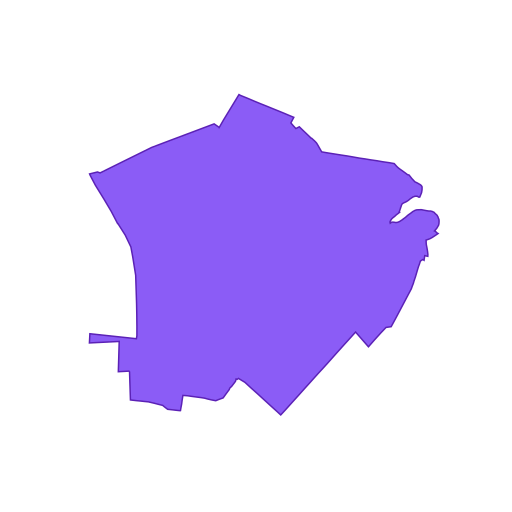 Beba Veche, Timis, Romania, rotated 162°
{"feature_id": "2599482B62831651771343", "entity_name": "Beba Veche", "entity_type": "district", "adm_level": 2, "iso_a3": "ROU", "parent_name": "Romania", "parent_adm1": "Timis", "projection": "natural_earth1", "projection_center": [20.316, 46.114], "detail": "fine", "context": "isolated", "style": "filled", "palette": "violet", "viewbox_px": 512, "rotation_deg": 162, "n_neighbors": 0, "source": "geoboundaries", "source_scale": "gbopen_adm2", "svg_char_len": 3431}
<svg xmlns="http://www.w3.org/2000/svg" viewBox="0 0 512 512"><g transform="rotate(162 256 256)"><path d="M419.9,157.9L414.9,155.6L411.0,153.9L407.0,152.1L403.1,150.4L402.7,150.1L398.1,147.3L394.5,145.0L390.8,142.7L390.7,142.4L389.0,139.8L387.4,137.5L382.5,135.3L378.6,133.5L375.9,132.3L375.6,132.3L374.8,133.9L373.5,136.3L372.5,138.1L371.6,140.0L370.8,141.7L368.6,146.0L364.2,144.2L360.4,142.3L356.0,140.2L351.4,138.0L348.7,136.6L346.3,135.0L342.8,132.9L339.0,130.8L336.5,131.0L331.1,131.2L326.6,134.5L322.8,137.2L321.8,138.4L321.3,138.7L319.5,139.5L314.3,143.1L312.9,145.2L312.1,144.5L310.5,145.0L305.6,139.3L301.2,131.5L297.0,124.3L292.8,116.9L288.9,110.0L284.7,102.7L281.6,97.2L275.5,100.6L267.2,105.4L259.2,110.0L250.6,115.0L242.6,119.6L234.0,124.6L225.1,129.6L216.5,134.6L208.3,139.4L199.1,144.7L190.7,149.5L184.8,152.9L180.7,143.3L177.1,134.9L169.2,139.6L161.2,144.2L154.4,147.9L149.3,147.0L145.6,150.5L141.4,154.5L135.1,160.6L131.5,164.1L128.3,167.2L124.0,171.4L118.4,176.8L116.5,179.3L114.9,181.2L113.5,183.3L112.9,184.1L110.8,186.9L106.5,193.2L104.6,195.9L103.3,197.5L101.2,200.4L98.4,201.1L97.5,200.0L95.4,204.2L92.7,202.6L92.0,204.5L91.4,207.5L90.9,210.8L90.5,214.2L90.1,215.9L89.3,218.6L86.7,218.6L85.1,218.7L82.5,219.2L77.5,220.6L75.9,221.1L76.6,221.9L77.2,222.8L77.6,223.9L78.5,224.7L75.5,226.5L73.8,228.0L72.8,228.9L72.1,230.1L71.9,230.5L71.2,232.3L70.8,233.7L70.7,234.4L70.9,235.8L70.8,236.8L71.1,237.9L71.1,238.6L72.0,240.2L72.4,240.8L73.2,242.6L73.8,243.1L74.6,243.9L76.2,244.9L76.8,245.1L77.4,245.2L79.2,246.1L79.6,246.3L82.7,248.0L83.4,248.4L84.5,249.0L88.7,250.2L90.4,250.3L92.1,250.0L93.2,249.8L94.8,249.2L96.6,248.6L98.6,248.0L99.3,247.7L101.0,247.0L101.5,246.7L103.3,246.1L104.7,245.7L104.8,245.5L106.3,245.1L108.5,244.5L110.0,244.3L111.1,244.3L112.7,244.6L113.7,245.2L114.5,245.5L115.2,245.9L116.4,246.2L116.7,246.2L118.2,245.7L118.1,246.9L117.7,247.5L116.1,248.9L115.4,249.4L114.4,249.9L111.9,250.8L109.8,251.8L108.4,252.3L108.0,252.4L105.9,253.2L106.2,253.7L105.4,254.6L105.3,254.8L104.2,256.3L103.9,256.6L103.5,257.4L103.1,257.7L102.0,259.3L100.9,260.4L100.4,260.6L99.0,260.9L97.9,261.0L96.3,261.2L94.7,261.6L93.2,262.1L92.3,262.5L91.4,262.8L88.6,263.6L86.6,263.7L85.9,263.6L84.2,263.0L83.9,262.7L83.2,261.8L82.1,261.4L81.4,262.2L79.6,264.3L78.9,265.2L77.7,267.5L77.4,268.3L76.7,270.4L76.8,271.2L77.1,272.1L77.6,272.9L78.1,273.5L80.0,275.6L82.0,277.5L82.9,279.5L83.9,281.6L85.4,285.7L86.8,286.6L88.8,289.5L92.8,294.9L93.7,296.3L94.5,297.8L96.0,301.2L100.5,303.6L106.2,306.4L111.5,309.2L117.0,311.9L122.2,314.6L127.5,317.2L132.9,320.1L138.2,322.9L144.0,325.8L149.5,328.6L155.4,331.6L161.3,334.7L161.5,335.4L163.2,343.6L163.6,345.0L164.7,347.3L166.7,350.8L167.1,350.9L169.7,355.8L172.3,360.6L174.9,365.5L178.7,364.9L180.4,368.6L181.7,371.8L177.2,376.2L181.4,379.8L185.1,383.0L189.7,386.9L194.7,391.1L199.9,395.5L205.2,399.9L210.0,404.0L215.5,408.8L221.1,413.5L222.3,414.8L222.9,414.3L226.6,411.1L245.0,395.3L250.5,390.3L251.4,389.6L251.5,390.0L255.0,394.6L303.2,392.4L321.7,391.5L356.2,386.5L378.6,383.2L380.8,384.9L388.9,385.5L388.8,384.1L388.4,381.7L386.9,373.0L383.0,357.0L379.9,343.2L377.6,329.6L377.3,329.5L373.9,316.2L372.2,303.3L373.5,293.3L376.4,274.8L381.6,256.9L384.3,247.6L387.4,237.4L391.0,225.9L393.9,217.0L395.3,214.3L438.0,233.4L441.3,224.8L412.5,217.0L422.7,188.5L412.5,185.8L412.3,185.6L412.1,185.4L412.1,184.8L419.9,157.9Z" fill="#8b5cf6" stroke="#5b21b6" stroke-width="1.5"/></g></svg>